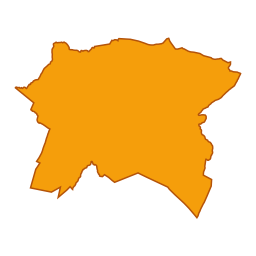 Zinacantán, Chiapas, Mexico
{"feature_id": "50627088B49923659697837", "entity_name": "Zinacantán", "entity_type": "district", "adm_level": 2, "iso_a3": "MEX", "parent_name": "Mexico", "parent_adm1": "Chiapas", "projection": "robinson", "projection_center": [-92.788, 16.712], "detail": "fine", "context": "isolated", "style": "filled", "palette": "amber", "viewbox_px": 256, "rotation_deg": 0, "n_neighbors": 0, "source": "geoboundaries", "source_scale": "gbopen_adm2", "svg_char_len": 5607}
<svg xmlns="http://www.w3.org/2000/svg" viewBox="0 0 256 256"><path d="M58.2,197.4L66.8,190.1L70.1,186.7L72.1,189.0L72.6,189.4L72.7,188.4L73.3,187.3L73.6,187.0L74.0,186.3L74.7,185.9L74.8,185.7L75.6,184.4L75.8,183.3L76.4,182.5L76.8,182.1L77.7,181.2L77.9,180.8L78.3,179.7L78.3,179.4L78.9,178.1L79.3,177.7L79.6,177.5L79.8,177.4L80.2,177.0L80.6,176.4L80.6,175.2L80.7,174.7L80.9,174.0L81.0,173.6L81.7,172.7L81.8,171.7L82.1,171.1L82.4,170.9L82.7,170.4L82.9,169.6L83.1,169.5L83.5,169.4L84.1,169.0L84.3,168.6L85.3,168.1L86.6,167.7L86.8,167.2L87.3,166.0L87.7,165.7L88.2,165.4L88.8,165.4L89.8,165.0L90.4,164.6L90.6,164.3L90.7,163.7L91.1,162.7L91.1,162.0L91.1,161.8L91.4,161.5L91.7,161.5L92.1,161.6L92.7,162.9L93.0,164.0L93.6,164.5L94.1,164.5L94.3,164.9L94.8,165.0L95.0,164.9L95.2,164.7L95.9,165.0L96.5,165.6L96.7,166.2L97.0,168.3L97.2,169.3L97.6,170.5L97.5,171.6L97.8,172.4L98.1,173.0L98.6,173.6L98.6,174.1L99.1,174.4L99.4,174.8L99.5,175.1L99.6,176.0L100.2,176.3L100.4,176.4L101.4,176.4L102.1,176.7L102.3,176.6L102.6,176.5L104.5,174.7L108.7,177.4L112.1,180.4L114.6,182.3L138.1,172.9L138.3,173.1L146.3,177.0L166.1,186.3L167.8,187.1L169.3,189.2L174.8,194.6L184.2,203.3L188.9,208.2L195.1,215.5L196.9,217.7L198.0,215.9L198.9,213.0L199.9,211.1L200.6,209.2L203.2,204.0L204.2,202.4L207.1,195.8L211.2,186.1L211.6,179.5L203.4,175.2L203.4,174.5L203.4,173.8L203.5,172.6L203.6,171.8L204.1,170.6L204.2,170.4L204.5,169.5L204.9,168.5L205.0,167.7L204.8,166.7L204.9,165.6L205.3,163.0L205.7,160.0L205.9,159.2L206.1,159.2L207.6,160.2L208.0,160.3L208.5,160.2L208.8,160.0L209.0,159.9L209.7,159.5L210.1,159.2L210.4,158.6L210.7,157.9L210.7,156.8L210.9,156.3L211.0,156.0L211.3,155.7L211.5,155.4L211.4,155.0L212.3,153.7L212.6,152.9L212.6,151.8L212.3,151.3L212.4,149.7L212.7,148.8L212.7,146.9L212.5,145.8L212.2,145.3L211.6,144.6L211.2,143.5L210.7,143.1L210.4,142.5L209.6,142.1L209.1,142.0L208.4,141.5L207.8,140.8L207.6,140.2L205.7,139.3L205.4,138.9L205.1,138.1L204.9,137.1L204.5,136.3L203.7,135.5L203.4,135.2L202.2,134.7L201.6,133.7L201.4,132.8L201.3,132.2L201.3,131.8L201.5,131.1L201.4,130.2L201.0,129.5L200.2,128.9L200.4,127.9L200.3,127.2L200.1,126.8L199.8,126.4L199.4,126.2L199.1,126.0L199.0,125.3L198.8,124.8L198.9,124.4L199.1,124.1L199.3,124.0L200.6,124.1L201.5,123.5L202.1,122.8L202.5,122.7L203.1,122.4L203.5,122.4L204.2,122.1L204.7,121.4L205.0,120.9L205.6,119.5L206.0,118.9L206.2,118.2L206.1,116.3L205.8,115.8L205.3,115.1L203.3,114.8L201.2,114.9L200.7,115.1L199.7,115.3L199.0,115.3L198.6,115.2L198.4,114.8L198.4,114.5L198.7,114.0L199.0,113.6L200.0,113.0L200.2,112.7L201.1,112.0L201.6,111.0L202.5,110.0L202.8,109.7L203.1,109.1L203.7,108.8L205.0,108.3L205.8,107.9L206.2,107.6L206.9,107.3L207.7,107.1L208.1,106.8L208.6,105.6L209.1,105.1L210.8,103.8L211.6,102.8L212.7,102.1L213.8,101.4L214.2,101.2L214.8,100.6L215.8,100.2L218.5,99.3L221.2,97.6L221.5,97.1L222.2,96.6L222.5,96.0L226.5,92.1L227.3,91.5L229.4,89.5L230.8,88.6L231.1,88.1L232.0,87.6L232.6,87.2L233.4,86.5L234.4,85.8L235.9,82.9L237.2,80.8L237.5,79.7L237.9,79.3L238.4,78.5L238.6,77.7L240.5,73.9L240.6,73.5L240.3,73.3L238.5,72.7L237.2,72.1L233.4,71.8L231.4,71.0L229.9,70.9L229.5,69.7L228.6,68.9L228.4,67.6L229.1,66.4L229.7,65.8L230.5,64.2L230.5,62.0L228.0,62.7L224.0,60.6L223.1,60.2L221.2,58.4L219.7,58.6L219.1,58.9L217.4,59.0L215.4,59.3L213.9,59.2L212.1,58.6L211.1,57.7L203.6,55.7L199.9,53.5L193.8,52.2L190.6,51.9L188.3,51.2L184.1,48.9L183.2,48.8L182.3,47.9L181.7,47.9L180.9,48.2L177.6,49.1L175.4,49.0L171.3,43.4L169.7,41.0L169.0,38.9L168.7,38.3L166.7,38.9L163.1,43.0L161.5,43.7L158.3,44.2L156.6,44.2L155.1,44.5L153.5,45.0L151.5,45.0L150.0,44.9L148.0,44.5L144.9,43.3L138.5,41.1L130.4,39.3L118.9,38.6L118.1,39.6L117.9,40.7L116.7,39.9L115.0,39.7L114.8,39.7L112.8,40.7L111.9,40.3L109.7,44.0L94.5,46.5L94.4,47.5L93.9,48.0L93.3,47.8L92.6,47.5L92.0,47.8L91.6,48.6L91.0,49.4L90.3,50.0L88.9,51.6L88.1,51.6L87.7,50.8L86.4,50.4L85.6,50.4L84.0,50.6L82.9,51.1L82.2,50.8L81.8,50.5L81.1,50.6L80.5,52.0L79.9,52.0L79.3,51.9L78.6,51.4L77.8,50.6L76.7,50.3L75.1,50.3L73.5,50.1L72.6,49.8L71.8,49.7L70.6,49.7L69.4,49.4L69.2,49.0L69.1,47.4L68.1,45.7L67.3,44.5L65.9,43.1L64.6,42.5L64.1,42.1L63.0,42.5L62.8,42.8L61.5,42.2L60.6,42.5L58.1,42.6L57.2,42.8L56.6,42.6L56.1,42.2L55.7,42.4L54.9,43.0L54.0,43.4L53.5,43.8L53.4,44.7L53.7,45.7L53.7,46.5L53.5,47.0L53.2,47.6L52.6,48.3L52.1,49.4L52.0,52.3L52.3,54.2L52.2,57.2L52.4,58.6L52.4,59.8L52.1,60.8L50.5,62.2L50.3,63.6L49.9,64.0L48.7,64.4L47.2,65.9L44.2,68.5L42.7,71.3L42.4,72.1L42.1,72.7L41.3,73.7L41.0,74.2L39.8,76.9L39.2,77.7L38.4,79.2L38.0,79.6L36.8,79.7L35.1,80.0L34.8,80.2L34.7,80.4L34.5,80.6L33.9,80.7L33.4,81.0L32.8,82.0L32.3,82.5L31.1,82.9L30.5,83.6L30.5,84.4L30.3,84.5L30.0,84.5L29.6,84.4L29.3,84.4L28.9,84.8L28.7,85.5L28.3,85.8L27.4,87.1L27.1,87.8L26.5,88.5L26.1,88.4L25.9,88.2L25.4,87.6L24.8,87.3L24.2,87.2L23.7,87.3L23.4,87.6L22.9,88.1L22.2,88.4L21.9,88.2L21.6,87.7L20.1,88.2L19.9,88.1L19.7,87.9L19.6,87.7L19.4,87.5L17.4,87.6L17.1,87.5L17.0,87.3L16.4,87.1L15.9,87.2L15.7,87.4L15.5,87.5L15.4,87.8L33.8,102.8L30.9,109.4L30.9,109.8L31.4,110.2L32.0,110.3L32.1,110.8L32.3,111.1L34.2,111.6L34.8,112.0L35.1,112.6L35.3,112.8L35.6,113.0L35.9,113.0L36.2,113.2L36.6,113.6L36.9,114.0L36.9,114.7L37.7,115.4L38.0,116.0L37.1,119.5L37.2,120.6L37.6,121.6L38.1,122.4L39.2,123.2L39.8,122.8L42.9,124.4L45.4,126.1L46.6,127.0L48.1,128.1L48.4,128.2L49.9,129.0L48.8,131.5L48.4,133.0L48.1,133.4L47.2,136.4L46.5,138.2L45.6,141.4L45.2,143.0L44.7,144.0L44.3,145.1L43.1,148.4L42.4,150.9L41.5,153.2L39.2,157.5L36.6,161.4L37.1,161.7L38.5,162.3L39.9,163.0L37.1,167.3L35.8,169.2L30.5,187.9L51.4,192.1L60.4,187.1L58.2,197.4Z" fill="#f59e0b" stroke="#b45309" stroke-width="1.5"/></svg>